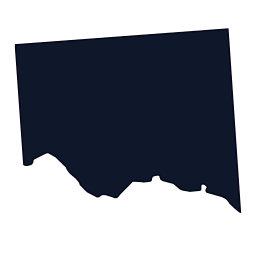 outline of Wichita, Texas, United States of America, rotated 176°
{"feature_id": "52423323B53531362245787", "entity_name": "Wichita", "entity_type": "district", "adm_level": 2, "iso_a3": "USA", "parent_name": "United States of America", "parent_adm1": "Texas", "projection": "mercator", "projection_center": [-98.689, 34.023], "detail": "fine", "context": "isolated", "style": "filled", "palette": "ink", "viewbox_px": 256, "rotation_deg": 176, "n_neighbors": 0, "source": "geoboundaries", "source_scale": "gbopen_adm2", "svg_char_len": 1063}
<svg xmlns="http://www.w3.org/2000/svg" viewBox="0 0 256 256"><g transform="rotate(176 128 128)"><path d="M234.3,218.8L234.5,215.0L234.4,98.9L233.6,98.3L232.3,97.9L230.8,97.9L227.6,98.5L226.5,99.1L226.2,99.6L225.4,101.0L225.3,102.2L225.1,102.8L224.0,103.8L213.6,108.2L210.8,109.2L209.1,109.1L201.9,104.3L192.2,93.4L191.3,91.0L189.0,87.3L183.1,81.5L180.0,77.2L179.4,74.8L174.5,69.0L172.6,67.1L163.5,61.5L161.8,61.7L159.8,63.0L159.3,63.2L158.6,63.5L156.7,63.5L154.7,63.2L149.0,61.0L146.0,59.6L144.1,59.6L143.1,60.3L141.0,62.6L127.2,74.8L124.6,74.6L116.7,73.5L116.2,73.2L109.4,73.6L109.0,73.8L108.4,74.7L108.3,75.9L107.4,77.6L106.4,78.5L103.4,79.1L100.3,79.0L99.3,77.9L99.3,76.9L98.9,75.2L98.4,74.5L96.9,73.3L86.3,69.7L80.3,63.8L77.8,62.5L70.5,60.7L60.7,61.0L60.0,61.3L59.8,62.0L59.6,65.3L58.9,66.7L57.9,67.1L55.7,66.8L53.6,64.9L53.0,63.9L52.9,63.2L54.0,61.6L54.4,60.3L54.3,59.4L53.8,58.6L39.1,53.3L35.5,51.2L34.6,50.4L33.6,49.2L31.8,46.7L31.6,45.9L26.7,40.6L22.6,36.7L21.8,36.3L21.5,219.7L234.3,218.8Z" fill="#0f172a" stroke="#020617" stroke-width="1.5"/></g></svg>